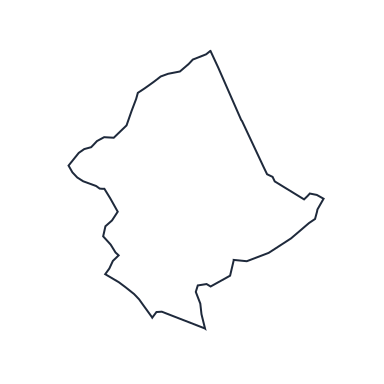 Djourf Al Ahmar, Sila, Chad, rotated 216°
{"feature_id": "50815135B90510100968968", "entity_name": "Djourf Al Ahmar", "entity_type": "district", "adm_level": 2, "iso_a3": "TCD", "parent_name": "Chad", "parent_adm1": "Sila", "projection": "robinson", "projection_center": [20.609, 12.361], "detail": "fine", "context": "isolated", "style": "outline", "palette": "slate", "viewbox_px": 384, "rotation_deg": 216, "n_neighbors": 0, "source": "geoboundaries", "source_scale": "gbopen_adm2", "svg_char_len": 1233}
<svg xmlns="http://www.w3.org/2000/svg" viewBox="0 0 384 384"><g transform="rotate(216 192 192)"><path d="M101.2,89.2L112.5,98.7L119.7,106.6L130.2,113.4L132.4,119.8L126.1,126.1L121.4,126.5L112.0,146.7L118.2,161.5L118.3,161.6L107.0,168.2L94.2,187.8L84.6,212.7L79.1,235.6L76.6,242.5L79.3,249.6L80.2,251.5L80.3,252.1L81.6,263.9L89.3,263.0L95.8,260.0L95.8,259.7L96.2,256.4L97.0,251.9L99.6,251.7L117.3,250.3L131.3,249.2L135.7,251.6L139.5,250.9L141.7,250.5L148.6,254.2L193.4,278.9L194.4,279.1L243.8,308.0L260.0,317.0L260.1,316.9L261.5,311.7L269.2,299.6L269.9,293.8L272.6,282.4L280.8,273.6L285.2,267.1L287.5,259.2L289.6,252.8L291.3,247.8L294.1,240.4L291.9,234.5L288.5,222.0L284.1,207.4L287.2,189.9L295.3,184.7L298.8,177.4L299.9,169.0L304.4,163.4L306.6,157.1L307.4,140.8L300.3,137.6L293.4,136.3L286.4,136.7L273.0,140.5L268.7,140.5L266.7,141.7L264.8,143.1L254.6,138.9L240.5,132.4L240.0,122.0L240.0,121.9L241.9,113.4L237.8,103.9L233.4,103.0L226.8,101.6L218.3,98.1L215.4,97.8L214.1,97.6L215.5,89.8L215.5,89.7L213.9,81.5L213.9,74.5L198.1,76.0L190.4,75.9L178.9,75.4L171.8,74.1L167.9,72.8L164.3,71.6L150.5,67.1L150.3,67.0L150.3,67.7L150.2,73.9L150.2,74.0L146.1,77.4L101.3,89.2L101.2,89.2Z" fill="none" stroke="#1e293b" stroke-width="2"/></g></svg>